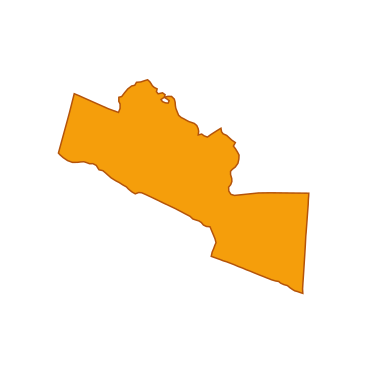 outline of Araranguá, Santa Catarina, Brazil, rotated 66°
{"feature_id": "56859067B76617068555003", "entity_name": "Araranguá", "entity_type": "district", "adm_level": 2, "iso_a3": "BRA", "parent_name": "Brazil", "parent_adm1": "Santa Catarina", "projection": "mercator", "projection_center": [-49.475, -28.946], "detail": "fine", "context": "isolated", "style": "filled", "palette": "amber", "viewbox_px": 384, "rotation_deg": 66, "n_neighbors": 0, "source": "geoboundaries", "source_scale": "gbopen_adm2", "svg_char_len": 2251}
<svg xmlns="http://www.w3.org/2000/svg" viewBox="0 0 384 384"><g transform="rotate(66 192 192)"><path d="M278.6,106.0L275.4,104.2L250.6,90.9L246.7,89.0L243.2,87.1L240.6,85.8L224.7,120.5L219.9,131.7L212.4,154.6L210.0,157.4L206.2,158.0L202.5,156.6L201.0,153.6L198.6,151.3L195.8,150.2L191.8,149.7L188.8,148.4L187.7,146.0L186.8,142.3L184.5,138.4L181.0,135.8L177.4,134.0L174.2,134.2L170.3,134.7L166.9,135.5L164.5,132.3L160.7,134.6L154.4,137.3L151.5,139.9L149.0,140.5L145.5,139.6L146.1,144.2L146.6,147.5L147.2,151.4L148.1,155.6L145.6,158.1L143.0,159.6L142.4,163.1L139.2,161.2L136.6,160.6L133.2,160.6L130.3,162.0L128.3,164.1L126.5,166.1L124.5,167.7L121.8,169.7L119.5,171.6L116.5,173.0L112.5,172.9L108.8,172.7L106.2,172.0L103.1,170.9L99.9,170.4L96.4,171.8L94.8,175.1L94.2,178.9L92.2,177.0L89.4,178.6L88.5,183.0L85.9,183.7L83.6,181.9L81.2,183.9L78.8,185.0L76.4,185.3L74.1,185.7L71.4,186.9L71.0,190.0L70.6,194.1L69.2,198.1L71.2,200.9L70.6,204.0L71.7,208.7L73.9,213.2L76.2,217.4L75.7,220.3L79.4,222.0L82.3,221.9L86.4,223.7L89.4,226.8L82.0,234.5L61.7,252.8L58.2,255.9L54.3,259.6L69.7,271.7L76.7,277.4L102.1,298.2L104.5,297.4L108.2,295.7L112.7,292.9L116.3,289.2L118.3,284.6L119.3,281.3L120.4,278.4L122.5,276.1L124.5,274.1L125.8,271.0L128.8,268.6L131.4,268.3L133.9,267.9L136.2,264.8L138.6,263.6L141.9,262.1L146.1,260.2L148.8,258.4L151.1,256.8L153.7,254.7L157.4,252.3L160.7,249.8L163.4,248.9L167.4,246.9L170.6,244.6L170.8,240.9L172.2,238.3L175.6,235.2L185.4,226.8L190.1,222.9L199.9,214.4L205.3,210.1L208.4,207.7L213.4,203.7L217.0,202.2L219.3,199.7L221.2,197.5L223.6,195.9L226.8,195.0L229.3,192.9L231.1,189.7L244.1,190.0L248.1,190.7L250.0,192.8L252.6,195.3L255.2,198.1L258.6,200.6L261.1,198.0L263.5,195.5L265.3,193.6L267.5,191.5L269.8,188.8L272.0,186.6L275.4,183.2L278.9,180.0L282.1,176.7L285.2,173.9L287.8,171.2L290.6,168.6L292.9,166.4L295.4,164.0L298.4,161.0L300.5,159.0L302.5,157.0L304.5,155.1L307.3,151.8L309.0,149.2L311.3,148.1L314.0,145.7L316.3,142.9L319.4,141.4L322.0,139.8L324.1,138.3L325.8,136.2L327.7,134.2L329.7,132.0L325.5,130.4L322.8,129.0L320.1,127.6L315.4,125.1L296.7,115.3L286.5,110.0L278.6,106.0ZM94.2,178.9L96.6,177.2L99.3,175.7L101.1,177.7L99.7,180.1L97.4,182.2L94.9,182.7L94.2,178.9Z" fill="#f59e0b" stroke="#b45309" stroke-width="1.5"/></g></svg>